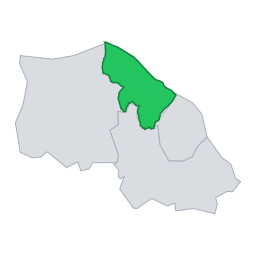 Liberia highlighted among its neighbors, rotated 180°
{"feature_id": "LBR", "entity_name": "Liberia", "entity_type": "country or territory", "adm_level": 0, "iso_a3": "LBR", "parent_name": "Africa", "parent_adm1": "", "projection": "natural_earth1", "projection_center": [-9.107, 6.445], "detail": "fine", "context": "with_neighbors", "style": "filled", "palette": "green", "viewbox_px": 256, "rotation_deg": 180, "n_neighbors": 3, "source": "natural_earth", "source_scale": "50m", "svg_char_len": 2916}
<svg xmlns="http://www.w3.org/2000/svg" viewBox="0 0 256 256"><g transform="rotate(180 128 128)"><path d="M138.9,93.4L163.6,93.2L166.9,87.1L175.2,85.2L178.0,94.1L189.5,88.4L208.8,104.2L215.1,99.0L223.5,98.2L235.7,103.6L240.6,133.2L233.1,150.7L228.5,174.3L236.4,192.2L235.6,200.4L203.3,196.8L182.0,200.5L148.3,213.6L150.8,185.6L132.2,169.7L136.1,160.5L134.3,150.4L135.2,144.4L138.0,144.3L137.7,131.2L146.1,125.8L137.5,100.5L138.9,93.4Z" fill="#d9dde1" stroke="#a8b0b8" stroke-width="1"/><path d="M41.1,42.2L62.5,47.5L80.2,45.2L81.2,52.8L88.7,50.0L104.3,57.6L119.2,47.4L122.8,48.0L136.3,67.0L131.9,79.2L135.7,77.2L137.9,79.6L137.0,85.8L142.5,91.8L138.9,93.4L137.5,100.5L146.1,125.8L137.7,131.2L138.0,144.3L130.1,143.8L126.4,152.2L121.4,152.1L117.9,147.7L119.1,139.3L111.6,126.5L98.1,130.5L96.0,111.4L87.2,95.2L72.8,95.1L63.7,99.5L58.5,109.8L48.9,119.0L34.2,98.5L25.1,91.6L20.5,77.8L15.4,74.4L23.4,64.2L28.8,64.6L40.3,58.3L38.8,51.4L41.1,42.2Z" fill="#d9dde1" stroke="#a8b0b8" stroke-width="1"/><path d="M48.9,119.0L58.5,109.8L63.7,99.5L72.8,95.1L87.2,95.2L96.0,111.4L98.1,130.5L103.0,129.3L86.6,150.4L81.3,163.1L63.5,153.2L54.2,142.0L48.9,119.0Z" fill="#d9dde1" stroke="#a8b0b8" stroke-width="1"/><path d="M80.1,160.6L81.0,159.7L82.4,156.7L84.4,153.8L86.2,152.1L87.7,150.3L89.2,149.0L91.4,147.4L94.7,143.3L95.5,142.8L96.1,140.0L96.9,136.3L97.9,135.2L100.2,134.5L100.7,133.9L101.5,131.3L102.0,128.3L102.1,127.7L103.0,127.6L104.5,127.0L105.4,127.3L105.8,128.1L106.0,128.9L110.7,127.0L111.1,126.6L111.3,126.7L111.9,128.3L112.2,128.2L112.5,127.8L112.8,127.7L113.2,127.9L113.6,128.7L114.2,129.4L115.2,129.9L115.8,130.6L115.7,132.4L116.0,134.1L116.4,134.5L116.6,135.6L116.8,136.7L117.0,137.3L117.2,138.5L117.1,139.7L117.3,140.6L118.0,142.1L118.5,144.0L118.5,145.3L118.2,146.7L117.7,148.0L116.8,149.4L116.8,150.0L117.3,150.3L118.1,150.4L118.7,150.1L120.4,150.8L121.2,151.7L122.0,152.9L122.7,153.4L123.0,154.2L124.2,154.0L125.5,153.3L125.8,152.9L126.2,153.1L127.1,153.2L127.7,151.9L128.2,150.5L129.3,148.9L129.8,148.3L129.9,147.3L130.0,146.0L130.3,144.9L131.2,144.3L132.2,144.3L132.7,144.5L132.9,145.6L133.7,146.4L134.3,147.0L134.7,147.3L135.2,147.9L135.7,150.1L137.7,157.1L137.6,159.0L137.2,160.3L137.2,161.6L137.1,162.8L135.9,164.8L132.2,168.9L132.5,169.3L133.4,169.7L134.3,170.0L135.0,169.9L135.9,170.9L136.9,172.2L137.9,172.8L139.4,173.4L140.7,173.5L141.8,173.3L143.4,173.5L145.1,174.6L145.7,176.4L146.1,177.9L146.7,178.7L146.7,180.0L147.9,181.2L149.6,181.4L151.8,182.8L152.4,182.7L152.6,182.5L152.9,182.8L153.4,186.8L153.9,188.9L153.6,189.7L153.4,190.4L153.3,193.6L152.3,195.4L152.2,197.4L151.9,198.1L150.8,198.6L150.8,200.2L150.6,202.1L150.4,204.0L150.7,209.2L150.8,213.1L151.3,213.8L149.2,213.5L143.1,210.6L138.4,208.9L122.7,199.2L118.4,195.3L113.3,189.5L102.2,177.9L99.6,176.0L96.4,175.1L94.4,174.1L93.0,173.0L91.9,169.8L89.1,167.9L83.9,165.1L80.1,160.6Z" fill="#22c55e" stroke="#15803d" stroke-width="1.5"/></g></svg>